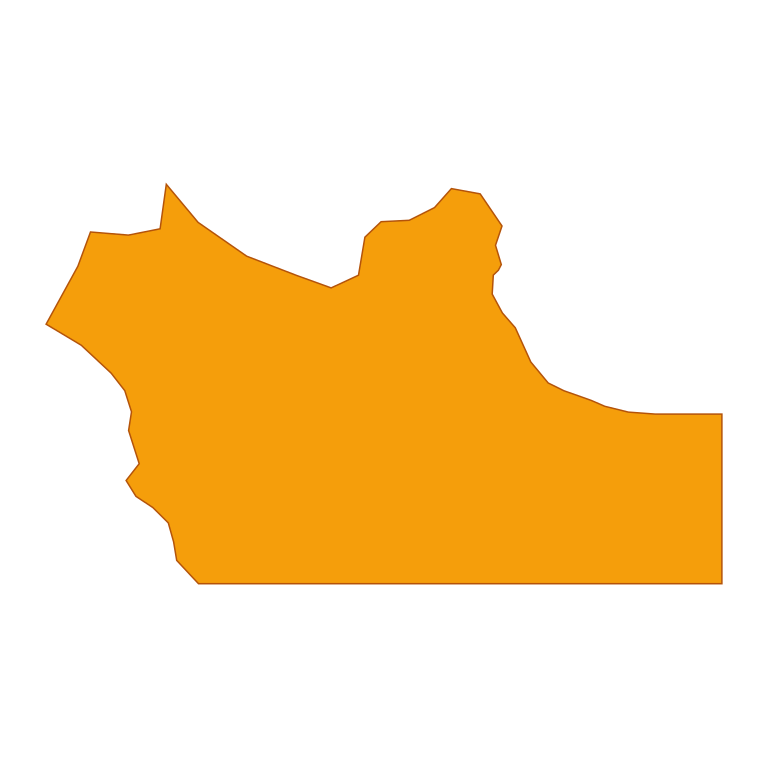 SVG path tracing the border of Rakai
{"feature_id": "UGA-3361", "entity_name": "Rakai", "entity_type": "District", "adm_level": 1, "iso_a3": "UGA", "parent_name": "Uganda", "parent_adm1": "", "projection": "mercator", "projection_center": [31.493, -0.733], "detail": "fine", "context": "isolated", "style": "filled", "palette": "amber", "viewbox_px": 768, "rotation_deg": 0, "n_neighbors": 0, "source": "natural_earth", "source_scale": "10m", "svg_char_len": 764}
<svg xmlns="http://www.w3.org/2000/svg" viewBox="0 0 768 768"><path d="M721.9,583.7L590.0,583.7L454.3,583.7L318.5,583.7L198.5,583.7L190.8,575.5L176.7,560.4L173.6,541.8L168.3,522.9L152.9,507.6L136.0,496.4L126.1,480.5L139.2,463.7L128.6,430.5L131.5,411.8L124.8,390.7L111.2,373.2L81.2,345.2L46.1,324.2L77.9,266.2L90.5,232.0L128.4,235.1L160.1,228.8L166.3,184.3L198.1,222.4L246.7,256.2L296.5,275.4L331.1,287.9L358.5,275.2L364.9,237.2L381.1,221.7L409.2,220.3L434.5,207.6L451.4,188.6L480.2,193.9L502.0,226.0L495.5,245.3L501.3,264.6L498.4,270.2L493.3,275.1L492.2,294.1L502.4,313.0L515.3,327.8L530.8,362.0L548.2,383.0L563.8,390.7L591.2,400.4L604.8,406.3L628.3,412.1L655.5,414.1L721.9,414.1L721.9,583.6L721.9,583.7Z" fill="#f59e0b" stroke="#b45309" stroke-width="1.5"/></svg>